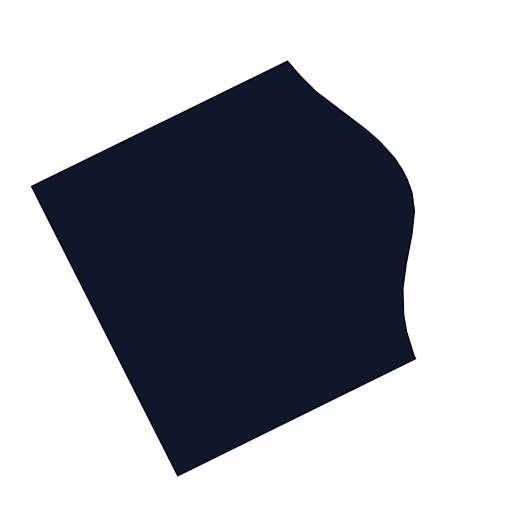 Oceana, Michigan, United States of America (Mercator projection), rotated 153°
{"feature_id": "52423323B31679500677", "entity_name": "Oceana", "entity_type": "district", "adm_level": 2, "iso_a3": "USA", "parent_name": "United States of America", "parent_adm1": "Michigan", "projection": "mercator", "projection_center": [-86.423, 43.643], "detail": "fine", "context": "isolated", "style": "filled", "palette": "ink", "viewbox_px": 512, "rotation_deg": 153, "n_neighbors": 0, "source": "geoboundaries", "source_scale": "gbopen_adm2", "svg_char_len": 402}
<svg xmlns="http://www.w3.org/2000/svg" viewBox="0 0 512 512"><g transform="rotate(153 256 256)"><path d="M424.3,419.8L425.4,95.8L160.6,92.2L160.6,95.4L156.3,120.3L151.1,136.9L140.1,160.1L126.4,180.1L107.2,204.8L94.5,224.2L88.3,241.9L86.7,255.2L86.6,265.8L88.2,280.4L94.3,302.7L100.6,318.3L128.1,375.3L135.2,397.0L139.6,415.2L424.3,419.8Z" fill="#0f172a" stroke="#020617" stroke-width="1.5"/></g></svg>